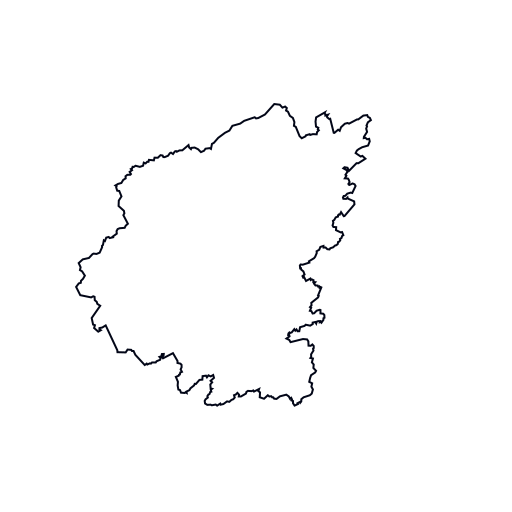 North Burnett, Queensland, Australia, rotated 54°
{"feature_id": "25037944B97560087028013", "entity_name": "North Burnett", "entity_type": "district", "adm_level": 2, "iso_a3": "AUS", "parent_name": "Australia", "parent_adm1": "Queensland", "projection": "equal_earth", "projection_center": [151.493, -25.244], "detail": "fine", "context": "isolated", "style": "outline", "palette": "ink", "viewbox_px": 512, "rotation_deg": 54, "n_neighbors": 0, "source": "geoboundaries", "source_scale": "gbopen_adm2", "svg_char_len": 6147}
<svg xmlns="http://www.w3.org/2000/svg" viewBox="0 0 512 512"><g transform="rotate(54 256 256)"><path d="M121.6,329.9L123.0,328.4L128.7,329.8L130.5,334.4L134.8,337.8L141.8,336.3L144.1,337.4L145.0,339.3L154.6,340.7L154.9,343.6L156.0,345.7L153.4,350.0L152.9,352.1L153.9,354.2L156.1,355.5L156.1,360.6L156.8,360.7L155.5,363.8L154.0,364.0L153.1,366.4L155.1,369.4L153.9,369.9L157.1,373.3L157.3,374.7L158.4,375.3L161.4,380.5L160.6,383.8L158.6,386.0L158.4,387.2L159.4,392.3L156.9,398.1L157.5,403.6L162.0,404.5L163.9,406.7L166.2,405.7L171.3,406.0L172.8,409.4L173.2,412.2L174.7,413.5L174.0,415.5L175.3,419.7L184.4,421.2L192.6,413.7L192.9,411.4L194.1,410.6L197.0,412.4L199.5,411.8L201.4,412.5L204.7,411.3L209.6,425.4L215.7,428.1L217.3,427.0L219.1,429.3L224.5,428.1L224.8,425.2L223.3,425.8L222.3,425.0L223.5,422.4L223.8,418.4L250.7,423.6L252.4,424.6L257.4,418.1L256.2,414.9L258.6,412.1L259.9,412.2L260.9,410.9L265.0,411.7L278.8,410.1L278.8,407.7L279.9,407.7L280.5,404.9L281.3,404.3L281.0,402.7L283.2,399.7L282.7,398.3L283.6,394.6L282.5,393.2L280.9,393.4L281.5,391.5L280.0,389.8L281.0,388.2L282.0,389.1L282.7,391.5L284.1,391.4L285.8,380.3L294.8,381.2L296.4,382.4L298.7,380.4L300.3,380.2L302.3,381.6L303.4,383.6L306.2,384.0L305.7,385.7L307.1,387.2L306.8,388.1L307.4,388.9L306.7,391.9L311.9,393.1L314.7,395.5L318.4,397.3L319.8,396.3L322.5,397.0L324.9,394.2L324.8,393.2L326.1,392.6L324.8,391.9L325.4,388.8L324.5,386.8L324.3,382.2L323.4,380.7L324.2,379.8L323.0,374.6L324.5,372.1L321.8,369.8L323.4,366.8L325.3,367.0L324.6,364.6L326.8,363.4L327.1,360.6L329.9,361.6L330.3,366.1L332.4,365.7L333.1,368.5L336.4,370.5L337.6,369.6L337.6,371.2L339.5,371.9L339.1,372.9L340.4,374.9L340.1,375.9L340.8,377.7L342.2,378.2L342.3,381.1L343.1,382.7L345.4,383.9L347.8,382.9L349.6,380.1L350.8,379.5L352.5,375.9L354.2,375.4L354.4,371.7L355.5,372.0L356.6,369.4L356.6,364.9L358.3,363.3L358.0,360.5L358.5,358.6L358.0,356.4L355.7,355.6L356.2,353.7L355.8,351.5L358.2,351.2L359.5,352.5L360.8,350.7L361.4,345.0L360.3,343.6L360.4,341.8L362.8,338.9L363.2,337.2L364.5,337.3L365.4,331.7L366.7,333.5L368.7,332.9L372.5,336.0L376.2,333.4L375.6,328.3L377.5,327.8L378.4,326.1L379.9,326.0L380.5,325.1L382.1,325.2L383.7,323.4L383.6,319.1L386.0,313.0L388.9,312.0L391.5,312.4L391.4,310.9L393.2,311.2L393.7,312.2L395.1,311.3L396.9,312.6L399.7,312.7L400.4,309.2L399.5,309.0L399.9,306.2L400.7,306.4L400.3,304.9L398.5,303.5L398.3,300.5L400.3,294.3L400.1,291.8L397.4,288.4L394.3,288.0L392.0,285.4L389.1,286.9L386.4,283.8L384.8,281.5L385.0,276.6L384.2,274.9L380.3,275.4L377.7,273.1L374.9,273.3L372.4,270.2L370.5,271.9L370.0,270.6L367.9,269.2L366.3,265.1L364.6,264.4L364.4,263.4L362.7,262.2L360.7,262.4L360.8,264.5L359.4,266.2L355.8,263.8L353.5,263.7L350.8,266.8L346.0,278.7L343.5,278.4L340.7,279.9L340.7,276.1L339.6,275.6L338.8,276.4L337.7,275.2L337.5,274.0L338.2,274.0L338.8,272.0L337.7,268.0L339.5,268.1L339.2,266.4L341.3,266.6L342.3,265.2L339.5,262.2L341.1,257.8L340.8,256.2L344.2,253.1L344.4,250.1L343.2,249.3L344.2,246.9L346.0,247.0L344.8,245.6L345.2,244.1L346.4,242.3L347.2,243.3L347.7,242.2L348.4,242.2L347.3,239.0L346.0,238.0L346.2,236.9L343.9,235.4L342.3,235.5L340.3,237.6L337.6,235.6L337.0,236.0L335.9,239.1L336.5,242.6L335.8,244.0L333.1,243.6L332.0,244.6L330.3,241.8L329.1,242.3L328.6,240.1L326.4,238.8L326.0,230.1L325.1,228.7L324.4,229.0L319.8,221.6L319.0,222.0L318.9,223.2L317.7,222.7L317.3,223.7L316.1,223.5L314.8,225.2L312.4,225.3L312.0,223.5L310.7,224.9L309.4,223.7L307.7,224.6L307.6,225.8L306.2,225.3L305.6,230.2L301.4,229.5L301.3,230.5L299.6,230.2L299.5,227.6L296.3,226.7L293.6,227.4L292.2,226.8L291.9,227.5L289.5,226.1L289.1,224.9L290.5,223.3L292.7,216.7L291.4,216.3L291.9,210.3L291.4,208.6L289.3,205.1L287.8,204.2L288.1,201.2L286.5,198.6L287.5,195.5L288.9,196.4L290.0,194.7L292.4,194.3L293.9,192.7L293.4,191.3L294.3,188.6L294.0,185.7L294.5,184.7L294.4,182.9L292.9,181.3L293.3,180.2L292.8,178.6L291.5,178.0L291.7,176.3L290.4,174.5L290.5,173.1L287.2,172.3L286.7,173.6L282.1,176.1L279.8,174.2L278.0,176.3L276.3,176.1L274.6,173.9L272.8,173.1L272.8,171.4L271.6,168.8L272.3,166.5L271.3,165.8L271.1,164.5L271.8,164.0L270.5,161.4L275.4,161.6L275.7,160.9L272.1,146.0L269.5,144.5L263.4,148.0L262.5,147.6L262.8,149.4L261.1,151.7L259.8,151.3L259.0,149.8L259.8,148.3L259.2,145.5L260.4,142.1L261.6,141.1L257.9,134.3L255.9,134.1L254.1,135.2L253.4,138.7L252.8,139.0L252.0,138.9L251.2,136.8L248.6,136.1L247.4,136.1L245.4,138.5L244.2,135.7L242.9,135.9L241.8,133.0L240.3,132.0L236.4,133.8L236.2,132.2L238.4,130.1L241.8,130.8L240.0,120.1L241.1,118.7L241.6,110.3L237.5,111.1L237.1,112.8L231.3,114.9L230.0,112.4L229.9,110.2L230.4,106.2L232.5,100.4L230.1,96.6L227.7,95.6L226.9,97.5L224.7,98.0L224.0,99.5L223.0,98.6L220.9,93.2L217.7,92.0L216.3,89.9L215.4,89.9L213.6,86.9L213.6,83.2L211.2,82.7L209.2,83.7L207.4,83.2L205.5,86.6L205.6,93.0L204.9,93.9L203.6,102.9L202.2,103.8L201.2,106.4L201.8,111.5L203.9,114.7L202.1,115.3L202.5,120.2L202.0,120.7L188.6,115.3L188.3,116.2L185.7,116.9L184.7,116.6L184.0,114.7L183.1,117.3L182.0,116.5L180.8,116.9L180.3,115.9L179.2,125.9L182.2,128.8L186.6,131.4L188.9,130.2L189.9,131.6L191.2,131.3L191.6,133.7L193.2,135.4L190.8,138.4L189.9,141.0L189.0,141.0L187.7,144.7L188.3,145.6L187.6,149.8L184.6,150.3L174.9,147.9L173.0,148.8L170.2,146.2L166.0,145.0L162.5,146.2L158.0,145.3L156.0,146.2L154.4,144.1L152.2,144.6L151.5,147.4L147.6,147.8L143.8,151.9L146.8,165.6L145.7,173.1L144.7,175.1L143.0,175.5L139.7,186.1L139.6,191.0L136.8,198.6L138.9,203.8L138.1,208.6L138.2,217.1L139.7,223.6L139.4,225.7L142.9,229.5L141.5,230.1L139.5,233.8L140.3,236.2L139.6,239.5L135.6,240.1L132.2,241.9L130.6,244.6L131.3,245.8L128.9,246.3L126.6,245.4L127.2,253.5L125.6,255.8L125.1,258.8L124.1,259.0L123.7,260.2L124.7,263.2L122.4,264.0L122.2,265.3L123.2,268.2L122.3,271.8L121.5,272.8L119.8,272.5L118.3,274.0L118.8,277.7L116.8,280.3L118.6,282.4L115.3,286.1L116.6,287.6L115.8,288.6L116.2,290.9L114.5,291.9L116.6,294.3L115.6,297.6L112.2,300.4L112.1,302.6L111.3,303.4L112.3,304.8L112.1,306.1L113.7,305.9L113.7,308.8L116.2,309.0L116.4,309.9L114.7,312.4L114.8,314.7L116.6,315.8L116.4,318.7L117.8,322.0L116.6,325.2L116.3,328.3L117.6,327.8L118.3,328.8L121.6,329.9Z" fill="none" stroke="#020617" stroke-width="2"/></g></svg>